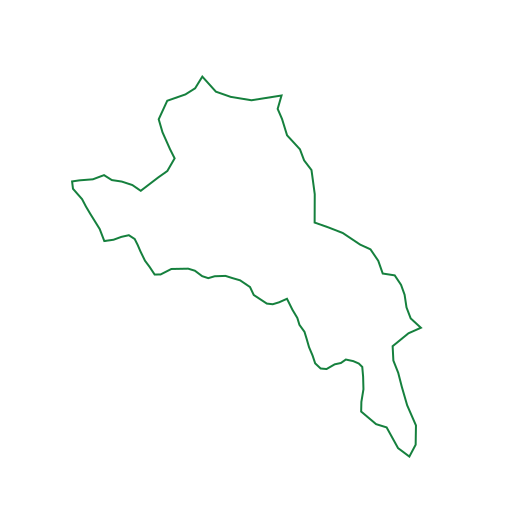 Deryneia, Cyprus, rotated 192°
{"feature_id": "46923920B24128682965394", "entity_name": "Deryneia", "entity_type": "district", "adm_level": 2, "iso_a3": "CYP", "parent_name": "Cyprus", "parent_adm1": "", "projection": "equal_earth", "projection_center": [33.937, 35.078], "detail": "fine", "context": "isolated", "style": "outline", "palette": "green", "viewbox_px": 512, "rotation_deg": 192, "n_neighbors": 0, "source": "geoboundaries", "source_scale": "gbopen_adm2", "svg_char_len": 1435}
<svg xmlns="http://www.w3.org/2000/svg" viewBox="0 0 512 512"><g transform="rotate(192 256 256)"><path d="M120.8,125.7L103.6,116.5L92.6,115.5L77.1,97.6L64.3,91.7L60.6,104.6L64.3,123.5L77.1,141.4L86.2,158.4L92.6,171.3L99.9,182.3L103.6,196.2L90.8,212.1L79.8,220.1L91.7,227.1L98.1,237.0L102.6,249.0L108.1,257.9L116.3,265.9L128.4,265.2L135.4,276.7L145.4,286.3L156.5,288.8L175.8,296.5L191.0,299.0L205.6,300.9L211.4,328.7L216.0,341.6L219.6,351.6L228.8,359.5L235.2,369.5L250.7,380.5L259.0,395.4L265.4,404.4L264.4,418.3L292.8,407.4L313.8,406.4L329.4,408.4L345.8,420.3L350.4,407.4L358.6,399.4L375.1,389.4L379.6,369.5L373.2,357.6L362.3,342.6L355.9,334.6L360.4,320.7L367.8,312.7L382.3,295.8L391.7,299.7L402.8,300.9L412.8,300.3L421.5,303.5L431.5,297.1L444.4,293.3L451.4,290.7L449.0,283.7L437.9,275.4L432.7,269.1L426.8,262.7L414.5,249.9L407.5,239.1L398.7,242.3L391.7,246.7L384.7,249.9L378.2,247.4L374.1,242.3L370.0,236.5L363.6,228.3L357.8,223.2L351.3,216.8L345.5,218.1L336.1,225.7L319.7,229.5L312.7,228.9L304.5,225.1L298.1,224.4L292.2,227.6L281.7,230.2L274.7,229.5L266.5,228.9L255.4,224.4L250.1,217.4L235.5,211.7L229.6,212.3L223.8,215.5L216.8,220.6L209.2,211.0L202.7,204.0L199.2,197.7L192.8,191.9L189.3,185.6L185.2,177.9L179.9,170.3L175.8,163.3L169.4,159.4L163.5,160.1L156.5,166.4L150.7,169.0L146.6,173.4L139.0,173.4L133.1,172.2L129.0,169.6L126.1,160.1L123.2,148.0L122.6,135.2L120.8,125.7Z" fill="none" stroke="#15803d" stroke-width="2"/></g></svg>